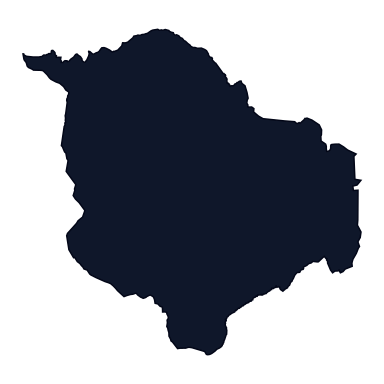 Salciua, Alba, Romania (Albers equal-area conic projection)
{"feature_id": "2599482B68238246130084", "entity_name": "Salciua", "entity_type": "district", "adm_level": 2, "iso_a3": "ROU", "parent_name": "Romania", "parent_adm1": "Alba", "projection": "albers", "projection_center": [23.391, 46.392], "detail": "fine", "context": "isolated", "style": "filled", "palette": "ink", "viewbox_px": 384, "rotation_deg": 0, "n_neighbors": 0, "source": "geoboundaries", "source_scale": "gbopen_adm2", "svg_char_len": 5827}
<svg xmlns="http://www.w3.org/2000/svg" viewBox="0 0 384 384"><path d="M332.6,272.8L334.9,271.1L338.1,270.9L339.0,270.1L339.6,271.2L340.3,271.7L340.4,272.0L340.0,272.1L340.4,272.8L343.0,271.6L345.3,269.0L352.2,266.3L351.9,263.2L352.3,261.4L353.0,259.1L356.3,253.4L358.4,248.1L359.5,246.5L357.9,241.9L360.0,237.8L360.2,237.7L361.0,232.0L357.4,225.2L357.8,220.1L358.0,190.2L353.4,190.5L352.8,186.1L357.1,185.0L360.9,180.3L354.9,179.3L353.9,156.3L356.1,154.0L347.6,150.0L343.6,146.9L339.0,144.1L334.6,144.2L331.7,144.5L331.2,144.8L330.8,145.1L330.9,145.4L330.7,146.1L330.7,148.3L330.2,149.7L329.6,150.4L328.5,151.2L326.7,151.4L326.3,148.9L326.3,146.3L325.7,144.2L321.1,141.0L320.8,136.3L321.4,134.8L321.6,129.9L319.2,124.9L312.0,120.1L307.0,118.1L305.7,118.5L305.0,118.4L303.9,119.9L300.1,123.3L299.1,122.6L297.9,123.4L296.4,123.3L294.7,121.7L284.3,120.9L263.1,118.7L258.5,116.1L253.6,111.9L253.9,108.6L251.7,107.0L249.4,107.1L247.7,106.8L247.9,105.0L246.8,103.1L247.2,100.2L248.1,98.2L247.0,92.5L245.0,85.8L241.9,83.4L241.0,81.0L239.3,81.3L237.8,82.6L237.1,82.5L236.1,83.7L234.9,84.0L234.2,85.1L232.9,85.9L231.8,85.7L230.2,86.3L229.9,85.2L229.0,84.5L229.1,84.0L228.1,83.1L227.4,83.3L227.0,82.9L227.1,82.2L226.8,81.7L227.0,81.0L226.6,79.9L227.1,79.1L226.4,78.5L226.4,77.9L225.9,77.7L225.9,77.2L225.2,76.5L225.1,75.9L225.6,75.4L225.2,74.6L224.5,74.4L223.9,73.5L222.7,73.3L222.2,72.2L215.7,63.2L214.9,62.8L212.2,59.9L212.4,58.5L211.8,57.5L210.2,57.3L208.5,55.3L208.4,54.0L206.5,50.7L204.7,49.5L201.4,48.1L197.5,48.3L195.0,47.5L193.0,47.5L190.8,46.3L190.0,45.1L187.8,43.5L185.4,41.2L184.1,40.7L182.3,38.4L180.2,37.5L178.8,35.8L176.6,34.8L175.1,35.2L174.0,34.4L173.3,32.7L171.2,32.2L169.5,31.4L168.9,30.5L165.2,29.5L162.9,30.3L161.5,29.9L159.3,30.3L157.8,29.3L152.8,30.1L151.1,30.8L147.2,33.5L146.2,33.6L144.0,34.4L142.1,34.5L140.1,35.4L137.9,35.1L136.4,35.7L133.9,36.1L132.8,37.9L127.7,42.2L125.3,42.9L122.6,42.8L121.8,45.9L117.6,50.3L116.1,50.7L114.7,51.5L114.0,51.2L112.4,52.1L109.5,50.0L105.9,48.2L104.0,47.6L101.8,47.8L100.7,49.1L99.1,51.4L97.9,52.3L96.2,52.8L93.9,54.1L92.7,54.1L89.9,51.6L88.7,51.3L88.6,51.5L89.2,53.7L88.6,56.1L86.9,59.8L85.0,62.2L83.9,62.2L82.7,61.2L81.8,60.1L82.0,59.7L82.0,59.0L80.4,56.6L78.3,55.3L77.4,54.3L76.9,54.0L75.6,54.5L73.6,57.2L71.0,59.0L69.9,60.1L69.4,61.0L68.8,61.3L67.4,61.6L67.1,60.8L65.0,60.7L64.1,61.2L63.0,62.5L61.2,62.4L61.4,61.2L60.5,59.7L60.9,57.3L56.3,57.3L56.0,56.8L56.4,55.7L55.6,55.2L55.0,54.4L55.1,53.0L54.4,51.9L52.8,50.4L51.8,50.5L51.4,50.9L51.1,53.6L48.7,53.6L47.9,54.3L46.6,54.6L45.8,55.2L43.8,55.0L42.8,55.7L42.4,56.4L38.9,57.0L32.9,57.0L26.5,56.3L24.2,55.1L23.7,53.9L23.0,53.9L23.9,59.0L24.3,60.1L26.2,62.5L27.2,66.1L28.5,67.5L31.8,69.0L33.5,70.1L40.6,70.3L42.3,70.5L43.4,71.0L47.2,74.8L49.4,77.8L51.0,79.3L55.9,81.9L59.7,83.3L63.6,86.6L65.8,90.0L68.3,91.7L68.9,92.6L68.4,94.7L67.7,95.8L67.6,97.5L66.9,98.8L66.7,100.3L67.2,102.4L65.7,113.8L65.2,115.7L65.5,118.1L65.3,120.5L65.7,122.3L64.9,122.9L65.0,125.1L64.2,126.4L61.4,145.7L62.3,146.5L64.6,151.9L65.9,153.1L66.9,158.7L68.1,160.5L66.2,171.4L75.8,184.6L74.5,189.0L74.8,190.3L73.2,195.6L75.5,199.1L79.1,202.6L84.9,210.5L82.6,217.1L78.2,220.6L76.5,223.4L67.5,233.4L66.7,235.7L68.9,249.7L73.6,257.7L74.4,257.4L75.2,258.2L77.3,261.6L79.6,263.3L80.4,264.1L81.2,265.3L83.0,267.2L83.9,268.9L87.2,270.1L89.7,274.0L91.1,275.1L96.3,277.7L105.1,281.6L108.2,282.6L110.6,283.6L113.3,285.9L115.6,288.3L117.5,290.6L124.0,296.6L126.9,295.5L130.4,294.5L132.9,294.2L135.7,293.2L136.5,293.5L137.6,294.9L140.6,297.1L142.7,298.0L143.1,298.3L144.9,297.8L146.1,297.2L146.7,296.6L149.5,295.2L150.5,295.1L152.7,296.4L153.5,297.1L154.5,299.6L155.1,303.3L157.8,303.9L160.2,306.4L162.0,306.8L162.5,308.5L162.6,312.0L164.8,311.9L166.6,312.3L167.0,314.2L167.9,315.9L168.3,317.4L168.2,318.5L167.1,320.1L167.4,322.8L166.8,326.5L167.9,328.5L168.0,329.8L168.9,332.7L169.0,336.2L170.6,339.2L171.0,340.9L172.5,342.0L177.6,348.6L179.9,348.2L185.8,348.1L188.0,347.4L189.3,347.3L192.0,347.7L204.7,351.5L206.4,354.4L207.8,354.7L209.7,354.4L211.7,353.5L215.0,351.1L216.9,349.2L219.5,348.0L221.5,346.5L221.8,345.9L222.2,345.6L222.2,344.8L223.0,344.1L223.0,343.4L223.6,342.7L224.1,340.4L224.5,339.8L226.2,334.6L226.6,334.3L226.8,330.1L226.2,328.6L226.6,328.0L225.9,327.0L225.9,326.4L225.4,325.9L225.2,324.3L225.5,323.5L225.0,322.8L225.5,322.0L225.4,321.4L226.2,320.8L226.2,320.2L225.4,319.6L225.4,319.3L226.2,319.1L226.7,318.3L226.9,317.2L227.7,316.8L228.4,316.0L228.5,315.5L230.6,314.2L231.5,313.4L234.7,311.9L235.4,310.6L236.1,310.5L236.2,309.9L236.9,309.8L238.2,308.3L239.3,308.3L240.1,307.5L241.1,307.0L242.2,305.8L243.0,305.9L243.5,305.3L243.5,304.8L244.2,304.8L245.1,304.3L245.7,303.8L245.7,303.2L246.6,303.3L246.9,303.0L247.4,303.0L248.0,302.3L248.6,302.6L248.9,302.3L248.9,301.8L249.3,301.4L250.3,301.3L250.4,300.9L251.4,301.0L251.5,300.2L252.8,299.8L252.9,298.5L253.8,297.7L255.2,297.2L255.6,296.5L256.2,296.0L256.6,296.4L257.2,296.3L257.9,294.9L258.5,295.1L260.3,294.8L260.9,295.0L260.9,294.4L261.1,294.3L262.6,295.0L263.0,294.7L263.1,294.2L263.5,294.0L264.2,294.1L264.9,293.7L266.0,293.6L266.4,293.2L266.6,292.8L268.7,291.2L269.6,291.0L270.6,289.8L271.7,289.5L271.5,288.6L271.8,288.1L273.6,288.5L274.2,287.8L274.9,287.5L275.8,287.4L275.8,286.2L276.2,286.0L276.4,286.4L276.3,287.0L278.1,287.1L278.9,286.5L279.6,287.0L280.0,288.7L280.6,289.6L282.9,291.2L283.6,290.4L284.6,289.8L285.1,289.1L287.5,287.8L288.0,286.5L289.6,285.1L290.6,282.3L291.9,281.4L292.5,279.8L293.3,278.6L294.7,275.3L296.9,272.6L299.7,272.3L300.4,270.9L301.5,269.5L302.8,269.5L303.2,269.3L303.6,268.4L303.4,267.6L303.4,267.1L303.7,266.9L306.8,265.4L308.6,263.7L311.2,262.9L312.0,262.3L312.4,261.6L312.8,261.4L317.4,261.9L318.4,261.8L324.2,256.3L325.7,258.2L326.9,258.8L326.5,259.8L327.6,261.4L327.6,263.1L330.6,270.1L332.6,272.8Z" fill="#0f172a" stroke="#020617" stroke-width="1.5"/></svg>